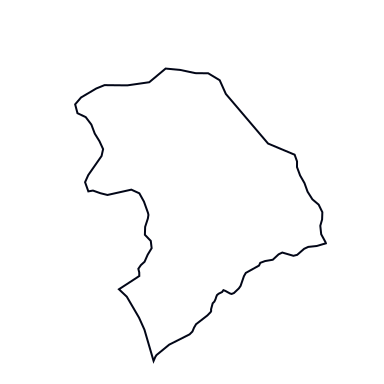 the Province of Giresun, rotated 154°
{"feature_id": "TUR-2292", "entity_name": "Giresun", "entity_type": "Province", "adm_level": 1, "iso_a3": "TUR", "parent_name": "Turkey", "parent_adm1": "", "projection": "orthographic", "projection_center": [38.652, 40.562], "detail": "fine", "context": "isolated", "style": "outline", "palette": "ink", "viewbox_px": 384, "rotation_deg": 154, "n_neighbors": 0, "source": "natural_earth", "source_scale": "10m", "svg_char_len": 1307}
<svg xmlns="http://www.w3.org/2000/svg" viewBox="0 0 384 384"><g transform="rotate(154 192 192)"><path d="M94.2,87.2L103.6,88.8L111.6,91.7L116.1,91.8L125.0,89.4L128.8,90.2L137.4,98.0L141.5,98.0L149.1,95.7L156.6,97.9L161.7,98.4L164.0,96.5L179.1,95.7L182.2,93.6L189.5,86.3L192.2,84.8L198.6,82.8L201.1,83.0L202.3,84.1L205.4,88.5L206.8,90.0L208.8,88.9L212.6,88.9L214.7,88.4L216.1,87.2L217.8,85.4L219.9,83.7L222.2,82.9L226.3,78.2L227.0,76.6L227.9,75.9L232.3,74.3L246.3,71.4L249.6,69.2L252.8,66.4L256.6,65.1L279.4,64.8L295.4,61.0L297.2,59.9L300.6,57.0L295.1,89.1L294.7,102.3L296.5,126.5L300.3,136.6L276.2,139.6L274.7,142.8L273.9,146.5L270.0,148.7L265.2,150.1L259.3,155.1L252.9,159.2L250.5,166.1L253.1,174.2L249.4,181.2L243.3,187.5L241.2,190.5L240.7,192.6L239.4,204.4L239.9,213.9L245.5,220.7L269.3,226.4L274.9,231.1L280.4,236.7L284.9,238.0L283.8,247.7L277.8,252.7L257.5,264.0L253.1,269.5L252.9,278.2L253.8,287.1L252.9,296.7L254.7,305.9L260.4,313.0L258.6,322.0L250.3,325.6L232.7,327.0L223.8,326.4L203.4,316.2L182.3,309.4L161.6,314.5L149.1,306.9L136.8,297.3L125.4,291.6L118.1,280.3L118.6,265.3L102.4,202.2L83.4,180.5L84.2,173.4L86.7,168.4L87.6,159.5L87.0,150.7L88.0,141.6L87.0,132.6L83.7,125.1L83.7,116.7L87.1,110.3L91.5,105.4L94.4,97.4L94.0,88.2L94.2,87.2Z" fill="none" stroke="#020617" stroke-width="2"/></g></svg>